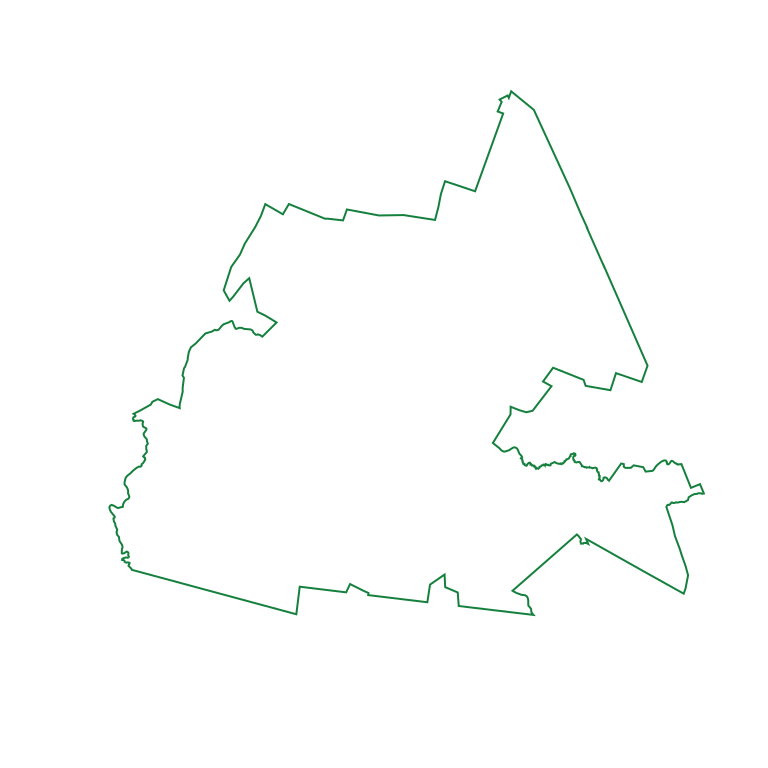 Frances Baard, Northern Cape, South Africa (orthographic projection), rotated 79°
{"feature_id": "47623444B47551800403987", "entity_name": "Frances Baard", "entity_type": "district", "adm_level": 2, "iso_a3": "ZAF", "parent_name": "South Africa", "parent_adm1": "Northern Cape", "projection": "orthographic", "projection_center": [24.486, -28.328], "detail": "fine", "context": "isolated", "style": "outline", "palette": "green", "viewbox_px": 768, "rotation_deg": 79, "n_neighbors": 0, "source": "geoboundaries", "source_scale": "gbopen_adm2", "svg_char_len": 6158}
<svg xmlns="http://www.w3.org/2000/svg" viewBox="0 0 768 768"><g transform="rotate(79 384 384)"><path d="M416.3,121.8L310.2,145.6L310.4,145.7L269.5,155.0L269.5,154.7L255.1,158.2L227.5,164.1L143.5,184.6L121.0,203.3L127.0,206.9L124.4,207.6L126.8,216.2L129.5,214.7L138.2,220.4L141.2,215.4L212.2,257.8L196.6,285.4L208.4,291.9L220.8,296.9L232.7,302.6L221.9,332.6L217.6,356.8L205.6,387.1L215.6,393.0L210.8,408.3L210.6,410.2L189.2,443.0L198.1,450.9L184.8,466.2L195.6,472.8L205.5,480.6L219.6,493.8L229.5,500.7L239.9,511.6L261.5,523.5L272.8,519.8L269.6,515.5L258.3,502.7L254.4,496.1L288.9,494.5L294.2,487.5L303.1,477.7L314.3,494.4L312.3,496.4L311.2,498.3L311.4,499.2L311.2,500.5L308.4,502.5L306.6,502.8L305.6,503.7L304.9,504.8L303.4,510.2L302.9,511.3L302.1,512.4L301.6,513.5L301.2,515.5L301.7,518.1L301.5,519.0L299.5,519.8L293.7,520.8L293.1,521.3L293.1,522.6L293.8,524.2L294.8,530.2L296.1,532.3L298.7,535.3L299.4,536.8L299.2,538.7L298.5,539.7L299.7,543.0L300.3,549.7L308.3,561.1L311.1,566.5L315.2,569.4L321.2,571.8L322.7,572.0L329.3,576.1L330.4,577.3L337.3,580.2L339.7,579.2L349.4,582.4L353.2,583.1L364.5,588.2L366.9,588.9L368.7,589.1L363.3,598.2L355.7,608.9L357.1,614.2L357.5,615.0L359.7,616.8L363.7,629.0L365.5,635.5L366.5,634.5L367.9,634.0L368.5,634.6L368.8,636.1L369.7,636.9L370.4,637.1L371.3,636.6L372.2,636.9L372.7,636.2L372.8,633.8L373.3,631.5L373.2,629.8L374.4,627.9L375.1,627.6L376.9,628.6L379.5,628.7L380.2,628.3L382.0,626.0L382.7,625.7L383.7,626.1L386.5,629.1L387.3,629.6L389.9,629.2L392.9,627.4L394.9,627.6L397.5,627.2L399.3,629.2L402.6,629.8L404.8,629.6L405.6,629.9L409.0,634.2L409.8,633.8L410.6,632.8L411.8,633.1L412.3,632.7L412.8,632.9L415.5,635.4L416.6,637.3L418.0,637.6L418.4,638.0L418.7,639.0L418.3,640.4L419.1,642.9L421.6,647.6L423.3,649.9L425.1,653.5L426.8,655.5L430.8,657.4L432.7,657.8L433.6,657.6L436.7,656.0L438.7,655.6L440.6,655.6L442.2,656.1L445.8,655.5L446.9,655.8L447.9,656.9L448.5,659.3L450.3,661.6L452.2,663.0L454.8,663.9L454.7,665.1L455.0,668.3L454.8,669.3L451.9,672.4L450.7,674.5L451.2,676.0L452.5,677.1L454.3,677.1L457.1,676.6L462.8,673.6L463.7,673.9L464.2,675.1L464.6,675.3L467.5,675.3L469.5,674.6L472.3,674.6L475.7,673.8L476.8,673.8L477.1,674.2L478.2,674.8L479.0,674.6L479.8,674.9L481.1,674.7L483.5,673.4L487.6,673.6L491.7,671.9L493.6,671.7L495.0,672.0L495.9,672.8L500.0,673.7L500.6,673.2L500.6,671.6L499.4,668.5L500.4,667.3L501.2,667.1L503.0,667.8L504.6,667.4L505.4,667.7L505.6,668.7L505.1,670.3L505.1,672.6L505.8,674.3L506.7,674.7L507.4,672.8L507.9,672.5L509.2,672.5L509.9,671.6L510.2,671.1L510.2,669.4L511.0,667.9L511.5,667.9L512.2,668.6L513.7,669.5L517.2,667.2L518.3,667.0L593.3,514.0L566.9,505.4L581.3,460.9L573.9,455.5L583.0,443.7L586.2,439.1L588.2,439.8L606.5,383.1L589.7,377.1L582.6,360.9L595.1,362.7L602.7,351.4L616.2,353.0L639.2,281.3L636.4,282.8L632.7,282.6L628.9,284.6L623.8,283.7L621.6,283.7L619.7,284.3L618.2,285.9L617.3,289.0L614.7,293.4L612.2,296.6L611.5,297.3L568.5,223.4L570.4,222.0L574.1,220.3L576.3,221.3L578.4,221.0L578.5,218.9L579.2,219.4L578.2,218.4L578.3,217.2L579.0,215.2L579.9,214.1L574.6,215.2L618.0,164.2L647.0,129.8L642.4,127.1L629.8,122.0L620.3,122.7L609.6,124.3L601.9,125.2L588.8,127.4L577.6,127.8L558.5,130.3L556.8,128.8L556.7,128.3L557.1,127.3L557.0,126.7L555.2,124.3L555.2,123.8L555.9,123.0L556.2,122.2L556.2,121.3L555.8,120.1L556.4,118.8L556.3,114.7L557.3,111.8L555.9,107.7L553.3,106.5L551.7,102.4L551.3,99.6L551.6,97.9L551.2,96.4L551.9,93.4L552.5,92.8L552.5,90.9L542.6,92.9L544.5,102.5L519.4,107.3L519.2,107.7L519.4,108.4L519.1,109.7L519.2,110.9L518.7,111.1L518.3,112.1L517.8,112.2L517.1,113.5L515.4,114.7L514.3,116.1L514.5,116.9L516.6,119.0L517.1,120.0L517.1,120.7L516.2,121.5L515.4,121.2L514.9,121.5L514.2,121.3L513.0,121.8L512.4,123.6L513.2,126.8L515.4,130.9L517.2,133.3L519.2,135.1L520.5,136.9L519.9,143.9L515.1,145.4L511.5,154.4L513.4,157.8L512.4,163.0L511.0,164.4L508.4,163.9L507.3,166.3L521.8,181.5L521.3,181.7L521.0,182.3L518.8,183.3L517.8,184.8L517.9,185.9L518.1,185.8L518.3,186.3L520.2,187.3L520.9,188.6L520.9,189.3L518.9,190.4L518.9,191.1L518.6,191.3L518.0,190.9L518.0,190.5L516.9,190.3L516.6,190.0L516.1,190.3L515.3,189.9L514.9,190.4L514.3,190.5L514.0,190.2L511.8,190.2L511.7,190.5L511.4,190.5L511.2,191.0L509.5,191.5L508.8,191.5L508.6,191.1L507.1,191.4L506.4,192.5L506.4,195.7L505.9,196.1L505.2,198.1L504.8,198.2L505.1,198.7L504.7,200.1L504.8,201.1L504.2,201.6L504.2,202.0L503.8,202.5L503.9,203.1L502.5,204.8L502.4,205.5L501.0,205.5L497.8,207.0L497.6,207.9L497.7,210.2L496.9,211.7L496.2,211.8L495.8,211.6L495.0,212.2L494.6,212.1L494.4,212.4L493.0,212.5L492.2,212.3L490.9,211.2L490.9,210.6L490.6,210.5L490.8,210.0L490.3,209.6L489.0,209.6L488.7,209.9L488.3,210.9L488.7,211.0L488.5,211.5L488.8,212.2L488.6,214.0L489.8,214.7L490.3,214.6L490.4,215.1L492.4,216.8L492.9,218.7L492.7,219.2L493.6,219.9L494.1,221.4L494.7,221.3L495.4,222.2L495.4,222.7L495.6,222.8L495.7,223.3L496.1,223.4L496.1,224.4L496.5,224.9L496.1,225.2L496.2,225.7L495.7,225.9L495.8,227.5L494.4,230.1L493.2,231.3L494.1,235.3L494.3,235.6L495.6,236.1L495.3,237.8L494.7,238.1L494.6,239.3L494.0,239.7L494.3,240.5L494.0,240.9L493.6,240.9L493.8,241.4L494.4,241.6L493.9,241.8L493.6,242.5L494.0,242.8L493.7,243.2L494.1,243.7L494.0,244.8L494.9,245.9L494.8,246.5L495.1,247.3L495.9,247.4L496.6,248.8L496.2,249.0L495.9,249.9L496.3,250.9L495.7,251.1L495.0,250.8L494.9,251.1L495.1,251.3L494.4,251.8L494.3,251.4L494.0,251.6L493.6,251.6L493.0,252.0L493.2,252.4L492.4,253.7L492.1,253.7L492.2,254.3L491.7,254.5L491.5,254.9L490.8,254.9L490.8,255.3L490.5,255.1L489.9,255.6L489.1,255.8L489.0,256.5L489.3,256.9L489.2,257.2L490.4,259.0L491.2,259.3L491.1,259.9L491.3,260.1L490.5,261.3L490.0,261.3L489.3,262.1L489.0,261.7L488.4,262.5L487.2,262.9L486.6,262.8L486.3,262.5L485.6,262.9L484.8,262.6L484.0,262.7L483.2,263.8L482.9,263.5L483.0,263.1L482.3,262.9L482.1,262.4L480.4,262.9L478.5,264.3L474.1,265.2L472.8,265.7L471.6,266.8L471.1,268.0L471.0,269.1L472.9,274.1L473.4,278.2L473.1,279.5L471.7,281.3L469.1,282.9L462.7,288.4L438.0,265.6L430.5,264.0L435.5,256.2L438.9,249.7L438.6,243.2L418.1,220.0L411.9,227.4L400.3,214.9L418.0,187.3L424.3,186.4L433.3,162.9L417.6,154.2L431.2,130.6L416.3,121.8Z" fill="none" stroke="#15803d" stroke-width="2"/></g></svg>